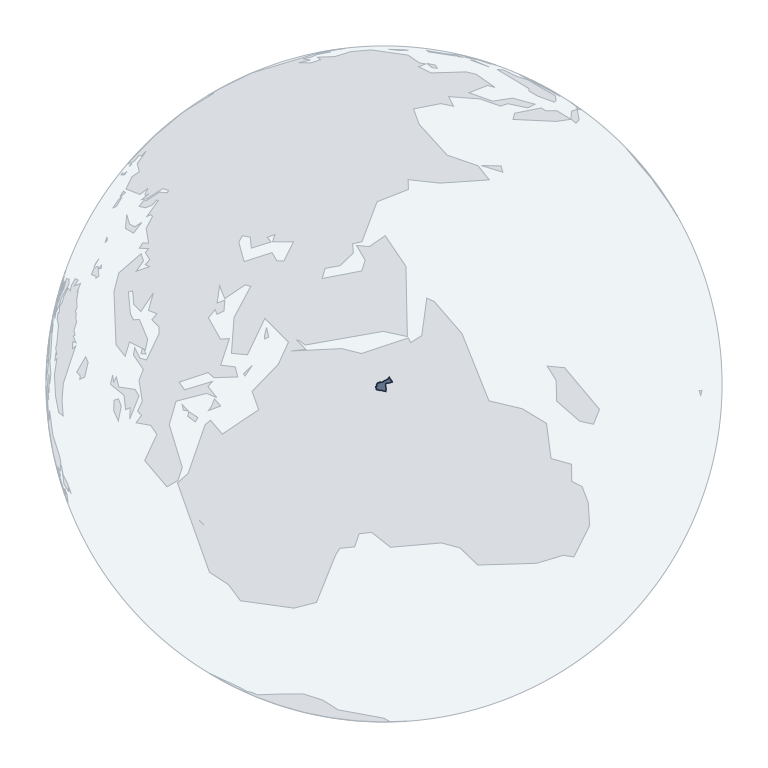 the Earth from above Sennar, rotated 295°
{"feature_id": "SDN-880", "entity_name": "Sennar", "entity_type": "Region", "adm_level": 1, "iso_a3": "SDN", "parent_name": "Sudan", "parent_adm1": "", "projection": "orthographic", "projection_center": [34.248, 12.985], "detail": "medium", "context": "on_globe", "style": "filled", "palette": "slate", "viewbox_px": 768, "rotation_deg": 295, "n_neighbors": 0, "source": "natural_earth", "source_scale": "10m", "svg_char_len": 10359}
<svg xmlns="http://www.w3.org/2000/svg" viewBox="0 0 768 768"><g transform="rotate(295 384 384)"><circle cx="384" cy="384" r="338" fill="#eef3f6" stroke="#a8b0b8"/><path d="M298.6,57.1L301.3,56.4L300.8,56.6L291.1,59.2L289.9,59.4L286.8,60.4L282.2,61.8L284.2,61.2L272.5,65.0L283.1,61.8L273.0,65.4L265.5,67.9L267.6,66.8L266.2,67.3L298.6,57.1ZM223.2,86.8L226.2,85.2L238.8,79.0L235.4,81.2L225.2,87.0L214.6,92.7L209.8,95.9L218.7,92.1L197.7,105.5L181.9,120.1L176.6,124.1L168.5,127.2L171.5,121.9L162.8,128.5L181.9,113.2L202.1,99.2L223.2,86.8ZM161.8,129.5L166.2,126.6L153.0,138.2L150.1,141.3L150.0,142.3L154.4,138.8L149.5,143.7L142.5,148.0L146.8,143.6L149.0,141.9L150.3,140.0L148.1,142.1L161.8,129.5ZM48.0,347.9L48.0,365.7L48.0,381.7L47.4,389.4L48.7,394.8L48.8,400.6L59.2,421.1L69.0,441.9L71.6,461.9L69.3,480.1L81.0,525.0L80.5,532.3L88.1,547.2L76.5,524.2L66.7,500.3L58.8,475.7L52.7,450.7L48.6,425.2L46.4,399.5L46.2,373.7L48.0,347.9ZM239.8,78.4L239.3,78.7L237.2,79.6L239.8,78.4ZM246.6,75.3L245.8,75.6L245.2,75.9L246.6,75.3ZM262.8,68.6L263.9,68.1L247.7,74.9L249.5,74.0L262.8,68.6ZM308.3,54.7L315.6,53.1L313.4,53.8L310.9,54.2L303.7,55.8L305.5,55.3L308.3,54.7ZM308.4,54.8L312.0,54.3L306.8,55.7L302.4,56.2L308.4,54.8ZM323.4,51.6L320.4,52.1L319.7,52.2L323.4,51.6ZM290.5,61.6L292.7,60.3L298.1,58.9L290.5,61.6ZM313.6,54.0L315.4,53.6L317.8,53.1L319.0,53.1L313.6,54.0ZM336.8,49.4L335.7,49.6L342.1,48.7L343.5,48.5L344.1,48.5L333.4,50.0L338.2,49.4L338.4,49.4L329.5,50.7L336.7,49.4L336.8,49.4ZM327.3,51.9L313.9,54.7L308.7,56.9L303.8,58.0L313.1,54.3L327.3,51.9ZM329.4,51.0L327.0,51.7L322.1,52.4L320.7,52.3L329.4,51.0ZM348.3,48.2L350.2,47.8L352.5,47.6L348.3,48.2ZM326.8,52.3L330.0,51.7L327.0,52.4L326.8,52.3ZM342.8,49.1L343.1,48.9L345.7,48.6L342.8,49.1ZM336.2,50.9L331.9,51.7L330.8,51.5L336.2,50.9ZM340.0,50.0L343.5,49.7L333.0,51.0L339.7,49.9L340.0,50.0ZM345.2,48.9L346.8,48.7L344.7,49.1L345.2,48.9ZM342.8,51.7L329.9,53.4L327.5,52.8L340.4,51.1L342.8,51.7ZM543.4,86.0L549.4,89.6L575.6,106.9L574.4,105.0L581.8,110.0L609.7,132.5L610.5,133.3L643.4,170.1L653.5,181.3L659.5,189.5L662.6,195.6L654.0,183.6L649.9,180.3L644.5,173.2L646.6,180.5L639.0,170.8L644.3,182.2L651.1,189.4L652.1,185.7L660.0,201.1L671.3,213.6L681.4,231.3L692.2,266.7L690.0,280.3L691.7,286.5L686.2,281.3L685.8,295.2L701.6,326.6L703.6,336.7L699.7,359.3L698.4,351.8L683.9,337.9L686.2,362.8L697.4,379.7L701.4,402.6L695.0,397.6L690.4,377.8L685.1,372.2L683.0,350.7L671.8,321.2L665.1,329.6L662.2,317.1L645.8,294.5L634.2,306.1L618.1,344.5L621.5,377.0L613.5,393.1L589.7,349.8L579.4,319.5L570.6,323.9L546.3,300.7L503.7,303.9L497.8,296.3L489.8,300.8L472.7,294.2L463.9,281.8L453.5,283.4L477.1,316.1L488.3,314.6L497.9,300.6L502.4,312.7L518.9,322.4L499.8,354.2L436.9,385.1L431.3,360.9L386.0,296.1L387.6,288.7L387.5,287.9L386.9,286.5L382.3,298.5L374.7,285.9L398.3,331.0L402.1,350.7L436.0,386.6L432.7,390.6L443.8,397.8L479.9,386.5L480.0,394.6L462.6,433.4L413.1,486.2L420.0,519.7L417.0,547.9L387.0,566.9L390.5,587.9L375.1,595.3L374.7,606.9L362.9,619.1L342.7,630.2L307.5,629.2L304.6,619.0L285.9,597.9L259.6,545.6L267.6,522.2L264.2,503.1L238.8,458.9L244.3,435.4L237.7,424.8L224.0,426.2L216.4,413.4L208.2,412.4L157.6,415.1L142.8,397.1L126.9,345.6L136.5,327.7L139.6,305.4L207.1,238.6L220.0,244.3L271.6,239.1L277.8,242.1L270.2,258.6L307.7,281.3L321.6,267.6L357.0,279.9L381.6,279.7L393.1,248.3L352.8,247.9L347.3,232.8L380.8,220.0L416.2,222.0L415.2,216.3L394.1,203.6L403.5,193.5L386.9,198.5L392.7,204.3L382.5,208.1L376.6,203.2L380.1,199.5L369.8,196.9L355.5,216.8L359.8,224.7L332.1,228.0L336.6,242.0L328.6,248.4L317.9,227.3L320.0,219.7L299.1,197.6L294.4,205.6L313.8,227.4L307.2,225.6L301.0,238.2L300.5,227.1L280.5,202.8L256.3,206.6L223.2,236.4L209.5,238.0L199.1,230.8L213.5,199.5L242.4,199.5L247.9,190.0L244.1,175.7L253.2,177.5L255.2,172.2L266.3,172.2L283.9,160.4L295.5,159.7L304.4,144.7L311.6,142.7L304.3,151.9L305.4,158.6L334.5,158.9L340.7,155.9L344.1,146.5L351.7,148.4L351.2,139.4L368.9,136.5L347.0,133.0L350.5,123.5L362.1,116.9L359.3,113.5L340.3,124.6L336.3,129.9L339.1,135.1L324.6,150.9L314.2,153.3L314.5,135.6L299.7,137.7L306.4,124.5L353.7,100.2L372.5,96.7L399.4,108.8L393.9,114.0L381.5,111.8L391.2,121.8L391.3,117.1L397.5,119.3L402.4,112.1L407.1,113.4L403.7,104.9L410.0,105.7L412.1,111.1L424.6,102.7L438.2,103.4L438.8,101.1L435.6,98.3L455.0,101.9L454.6,100.1L448.0,98.1L442.9,93.4L441.5,87.0L448.3,88.6L449.7,91.1L463.0,99.4L465.7,106.8L468.4,106.9L467.6,101.0L451.4,90.6L448.7,86.5L457.2,90.6L453.9,88.7L454.6,87.2L461.7,87.4L452.7,82.8L451.7,67.8L465.3,68.0L473.0,72.5L479.5,67.2L494.4,70.0L488.3,67.8L487.3,65.3L482.7,64.2L479.7,63.1L475.0,58.7L479.2,59.8L478.1,59.4L511.4,71.0L543.4,86.0ZM182.4,273.9L180.2,280.4L182.4,273.9ZM453.1,241.3L474.6,241.9L465.8,222.9L473.3,221.9L467.6,216.2L465.0,221.6L451.1,206.3L460.6,200.7L458.5,192.9L451.1,192.5L435.8,205.5L455.7,226.9L450.4,234.9L453.1,241.3ZM153.4,137.9L153.8,137.8L152.5,139.7L150.9,140.7L153.4,137.9ZM160.3,139.0L152.3,147.0L156.9,141.6L153.0,144.0L157.9,136.4L174.3,125.7L166.0,131.6L160.3,139.0ZM168.9,124.8L164.0,129.9L168.8,124.8L168.9,124.8ZM255.2,146.2L258.3,149.5L253.0,155.2L238.3,158.8L245.8,150.2L255.2,146.2ZM263.9,153.2L268.2,136.3L277.5,134.3L271.6,138.1L277.3,138.5L269.2,144.9L273.9,160.7L269.5,167.0L244.8,168.4L255.3,164.0L251.6,160.6L263.9,153.2ZM262.9,105.4L264.9,100.5L282.5,102.1L278.6,106.7L263.7,109.8L259.6,106.3L262.9,105.4ZM261.8,70.2L261.4,70.0L264.1,69.0L266.6,68.4L261.8,70.2ZM291.1,61.1L266.2,71.0L264.5,70.9L252.0,78.0L242.6,81.0L251.1,76.1L234.5,84.3L238.4,81.1L227.6,87.0L247.4,75.7L250.3,74.0L250.7,74.6L259.1,71.7L263.7,70.0L278.6,64.1L288.9,59.9L299.0,57.3L303.4,56.6L302.4,57.2L296.2,58.5L299.4,58.4L289.7,60.8L291.1,61.1ZM348.9,62.9L342.1,61.9L346.9,66.4L337.2,67.1L338.4,67.6L330.7,69.8L323.4,73.5L319.3,73.5L318.2,75.1L313.2,76.9L310.4,79.2L301.8,80.2L297.7,83.3L296.0,82.1L291.2,87.4L291.0,84.0L284.4,86.7L288.1,88.5L249.0,93.1L232.9,99.2L219.5,106.7L220.8,101.2L234.3,91.4L253.1,81.4L268.5,76.9L266.3,75.8L273.0,73.6L271.9,75.4L277.6,71.4L282.9,70.2L299.6,64.2L304.6,60.4L310.9,58.5L311.5,59.5L317.3,57.1L322.7,57.9L327.3,56.8L337.3,57.1L335.9,60.3L341.2,59.0L349.0,59.7L348.9,62.9ZM345.4,51.7L345.9,54.4L340.9,56.4L325.6,55.3L320.7,56.2L310.7,56.6L318.3,54.0L320.4,54.0L324.3,53.5L320.4,54.5L326.4,53.3L329.5,53.5L335.0,52.8L333.7,53.7L345.4,51.7ZM285.8,236.2L290.8,237.1L298.8,236.7L295.0,245.2L285.8,236.2ZM271.8,219.7L276.4,218.8L275.0,229.5L269.9,229.0L271.8,219.7ZM280.1,209.8L276.8,218.0L275.5,213.2L280.1,209.8ZM308.7,150.9L313.8,149.9L313.9,152.2L310.5,155.5L308.7,150.9ZM361.3,80.0L358.2,78.2L359.9,77.4L359.5,72.6L366.7,72.2L369.8,75.0L361.3,80.0ZM385.6,253.7L377.8,259.7L374.4,256.7L377.7,255.2L385.6,253.7ZM333.8,252.4L345.1,256.7L332.6,254.7L333.8,252.4ZM369.0,78.8L368.0,76.6L372.2,77.8L369.0,78.8ZM371.9,71.8L377.1,72.7L367.5,71.6L371.9,71.8ZM511.1,672.4L512.5,674.9L507.6,675.8L511.1,672.4ZM475.1,540.8L452.1,590.0L436.1,590.9L433.0,577.2L441.5,547.7L460.1,538.4L469.2,524.4L475.1,540.8ZM715.8,445.6L716.2,445.5L715.9,447.1L715.8,445.6ZM715.6,441.8L716.7,440.5L714.9,445.5L715.6,441.8ZM717.8,436.3L717.0,440.1L718.0,435.4L718.2,434.3L717.8,436.3ZM714.6,443.1L705.9,449.2L701.5,447.7L703.3,441.4L710.5,438.7L714.6,443.1ZM702.9,441.5L695.0,429.5L678.3,389.1L684.5,387.9L700.7,409.9L699.9,415.1L704.7,425.2L702.9,441.5ZM718.8,402.7L717.7,417.7L713.7,420.0L711.4,419.2L709.9,401.6L710.8,391.6L713.0,390.5L716.9,353.6L719.1,359.6L718.9,374.6L720.5,385.8L718.8,402.7ZM623.1,379.9L631.1,397.9L626.2,402.1L623.1,379.9ZM715.2,329.6L715.8,345.3L714.2,325.2L715.2,329.6ZM712.2,311.5L713.8,318.2L711.9,312.4L712.2,311.5ZM694.7,295.8L692.7,298.8L691.0,294.1L692.7,287.6L694.7,295.8ZM689.2,246.6L695.1,260.2L696.8,265.1L693.0,257.4L689.2,246.6ZM428.9,79.2L421.5,85.7L421.0,91.6L428.1,96.2L414.9,93.2L415.7,84.0L428.9,79.2ZM448.2,68.7L441.9,65.7L446.6,65.9L448.7,66.6L448.2,68.7ZM443.0,67.6L431.5,66.3L429.3,64.0L438.7,65.4L443.0,67.6ZM400.2,70.8L397.5,72.5L394.2,71.4L400.2,70.8ZM659.8,579.2L666.8,568.9L681.9,541.9L682.3,541.7L691.0,522.7L699.8,504.4L688.6,530.4L675.2,555.4L659.8,579.2ZM720.7,412.4L720.2,418.5L721.0,403.4L719.6,420.8L719.2,421.3L720.0,407.3L720.9,389.0L721.3,380.9L721.8,375.5L721.8,376.4L721.1,388.0L721.3,396.5L721.9,388.7L721.3,398.6L720.7,412.3L720.7,412.4ZM720.0,348.5L720.3,350.5L718.7,340.0L719.0,345.8L717.0,326.7L718.4,335.0L720.0,348.5ZM716.5,325.6L716.9,330.9L715.4,320.1L716.5,325.6ZM716.1,327.3L714.4,319.2L715.0,319.3L716.1,327.3ZM716.6,325.3L713.8,311.3L715.5,318.9L716.6,325.3ZM709.8,301.6L713.9,312.7L711.4,309.8L703.8,283.9L704.3,282.1L709.8,301.6ZM663.0,193.4L660.7,190.1L660.5,189.7L663.0,193.4ZM659.7,188.5L662.6,193.0L664.3,195.4L671.7,207.0L665.3,197.5L656.4,184.1L655.4,182.7L659.7,188.5ZM580.4,109.0L576.7,106.4L570.8,102.4L572.1,103.3L580.4,109.0ZM477.1,62.6L473.4,61.2L476.1,61.5L477.1,62.6ZM464.7,57.8L464.2,58.4L461.9,57.1L464.7,57.8ZM463.9,60.3L462.7,58.4L467.9,61.3L463.9,60.3Z" fill="#d9dde1" stroke="#a8b0b8" stroke-width="1"/><path d="M389.8,390.0L389.6,390.4L389.2,390.6L389.1,390.3L388.9,390.0L388.4,389.6L387.7,389.0L387.0,388.1L385.8,386.1L385.5,385.8L385.3,385.6L385.1,385.5L384.9,385.5L384.7,385.5L383.9,385.8L379.7,388.4L379.6,388.5L378.8,388.3L378.7,388.3L378.4,388.3L378.2,388.4L378.0,388.6L377.3,385.9L377.2,385.5L377.3,385.2L377.4,384.7L377.3,384.4L376.7,383.5L376.3,382.7L376.2,382.4L376.2,381.8L376.2,380.9L376.1,380.7L376.0,380.4L375.9,380.3L375.7,380.1L375.8,379.6L375.8,379.4L375.9,379.2L376.1,379.2L376.5,379.5L376.8,379.3L377.1,378.5L377.2,378.3L377.3,378.0L377.5,377.9L377.7,377.7L377.9,377.7L378.2,377.7L378.4,377.8L378.9,378.4L379.0,378.5L379.3,378.4L379.8,377.9L380.2,377.6L380.4,377.5L380.5,377.4L380.8,377.4L381.3,377.7L381.4,377.8L381.8,377.7L382.5,377.9L382.6,378.0L382.6,378.3L383.0,378.6L382.9,378.8L383.0,378.9L383.1,379.0L383.4,379.4L383.4,379.5L383.5,379.5L383.5,379.4L383.6,379.5L383.8,379.6L384.0,379.5L384.3,379.6L384.3,379.8L384.1,380.0L384.1,380.3L384.2,380.6L384.6,381.2L385.0,381.8L385.4,382.0L385.6,382.0L385.8,382.2L386.0,382.4L386.1,382.5L386.6,382.7L386.8,382.8L387.0,382.9L387.2,383.0L387.3,383.1L387.5,383.4L387.8,383.7L388.0,383.9L388.0,384.0L389.2,384.7L389.5,384.9L389.7,385.1L389.9,385.2L390.4,385.4L392.4,385.9L392.2,386.2L392.1,386.3L391.9,386.3L390.8,388.2L390.7,388.4L390.7,388.6L390.5,388.8L390.4,388.9L390.3,389.2L390.2,389.5L390.1,389.8L389.8,389.9L389.8,390.0Z" fill="#64748b" stroke="#1e293b" stroke-width="1.5"/></g></svg>